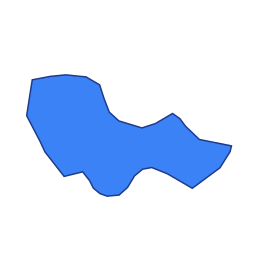 Gangnam-gu, Seoul, South Korea (Mercator projection), rotated 339°
{"feature_id": "91817680B53321453404308", "entity_name": "Gangnam-gu", "entity_type": "district", "adm_level": 2, "iso_a3": "KOR", "parent_name": "South Korea", "parent_adm1": "Seoul", "projection": "mercator", "projection_center": [127.072, 37.488], "detail": "fine", "context": "isolated", "style": "filled", "palette": "blue", "viewbox_px": 256, "rotation_deg": 339, "n_neighbors": 0, "source": "geoboundaries", "source_scale": "gbopen_adm2", "svg_char_len": 580}
<svg xmlns="http://www.w3.org/2000/svg" viewBox="0 0 256 256"><g transform="rotate(339 128 128)"><path d="M218.2,181.8L190.5,164.3L182.3,146.9L179.8,137.9L174.8,130.4L155.0,133.7L141.0,132.9L122.0,118.1L116.2,106.5L116.2,91.6L117.0,77.6L107.1,65.2L101.8,62.6L89.0,56.1L74.1,52.0L55.9,48.7L52.0,55.4L37.8,80.2L41.1,109.0L41.9,120.5L51.0,150.3L70.0,152.7L73.3,163.5L74.1,171.7L78.2,179.1L84.0,184.1L95.6,187.4L106.3,183.3L117.0,175.0L126.9,171.7L136.0,173.4L148.4,184.9L166.4,207.3L199.6,198.1L214.8,186.7L218.2,181.8Z" fill="#3b82f6" stroke="#1e3a8a" stroke-width="1.5"/></g></svg>